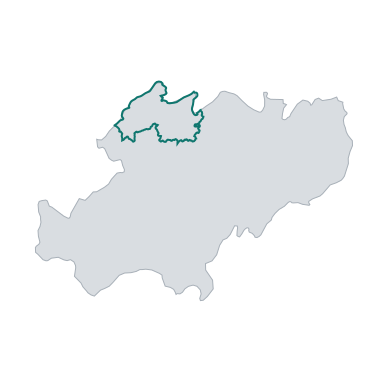 where Zlatiborski sits in Republic of Serbia, rotated 101°
{"feature_id": "SRB-1505", "entity_name": "Zlatiborski", "entity_type": "District", "adm_level": 1, "iso_a3": "SRB", "parent_name": "Republic of Serbia", "parent_adm1": "", "projection": "equal_earth", "projection_center": [19.945, 43.584], "detail": "fine", "context": "in_parent", "style": "outline", "palette": "teal", "viewbox_px": 384, "rotation_deg": 101, "n_neighbors": 0, "source": "natural_earth", "source_scale": "10m", "svg_char_len": 8938}
<svg xmlns="http://www.w3.org/2000/svg" viewBox="0 0 384 384"><g transform="rotate(101 192 192)"><path d="M217.0,143.7L226.5,146.4L230.8,149.0L233.1,152.4L239.1,154.7L248.9,155.8L255.8,159.2L259.7,165.1L266.0,163.7L274.6,155.0L283.1,152.7L291.5,156.9L296.1,160.3L297.0,163.0L295.0,164.1L290.3,163.6L286.5,165.2L283.6,169.1L283.2,173.2L285.3,177.5L288.4,180.5L292.2,182.2L294.3,184.4L294.6,187.3L295.6,188.1L293.5,189.4L291.1,191.4L289.8,194.9L289.5,200.4L282.1,204.8L279.3,205.6L278.1,208.4L276.2,216.6L276.6,222.7L277.6,225.9L278.1,228.4L280.6,231.6L282.8,236.4L284.4,242.7L287.7,247.6L296.1,252.5L300.3,255.3L303.4,259.4L305.8,263.1L312.8,268.0L312.3,271.5L310.8,274.9L309.3,276.6L305.9,281.0L302.6,283.5L297.2,291.3L288.5,291.7L286.4,292.3L283.2,294.5L281.6,298.4L283.2,301.5L283.1,304.7L281.6,310.8L283.8,317.4L286.9,320.5L287.4,322.2L286.9,325.3L282.4,331.6L281.1,334.0L276.5,335.1L274.9,334.5L272.5,332.3L270.3,331.7L264.8,334.3L259.2,335.8L254.8,334.6L250.5,334.5L247.5,335.5L245.2,335.9L240.8,338.7L233.7,340.7L230.4,340.2L229.1,337.7L227.8,334.0L228.4,332.3L233.1,329.4L233.6,326.7L240.1,313.4L241.3,309.1L241.3,307.7L239.6,306.8L236.0,306.8L220.0,301.4L220.6,295.3L215.9,292.0L210.8,289.0L210.0,285.7L204.3,279.1L200.2,275.4L194.9,273.5L190.4,270.8L187.7,269.1L186.5,266.0L186.4,264.2L185.1,262.4L182.9,262.6L179.2,265.1L174.7,267.2L173.9,268.7L175.6,272.4L176.7,274.7L176.2,276.9L174.8,279.8L166.1,286.0L165.1,288.2L166.8,291.7L165.7,293.3L158.4,295.6L158.6,293.7L158.1,290.6L153.9,287.3L148.0,284.8L134.9,276.1L129.8,275.0L125.3,274.0L118.8,269.8L115.5,269.1L111.8,266.1L103.8,256.2L97.0,250.7L92.4,248.0L91.1,245.3L90.8,242.6L91.0,241.6L94.5,237.7L97.2,237.2L100.7,237.0L103.0,239.0L106.0,239.4L107.7,236.9L108.6,233.3L108.2,228.7L101.0,217.9L94.8,210.4L94.1,208.8L95.4,207.4L97.6,206.6L99.9,207.3L106.0,207.8L111.8,207.1L113.8,205.3L113.8,202.8L111.7,200.6L104.9,194.4L99.6,189.0L93.4,184.9L88.7,183.2L87.4,181.1L86.8,178.9L87.4,174.7L87.7,169.5L88.8,166.2L93.0,160.0L97.0,153.5L99.5,147.1L100.8,141.3L100.3,139.6L98.3,138.3L93.9,137.1L87.8,138.2L82.6,140.3L80.5,140.5L79.9,137.9L80.7,136.7L82.3,136.8L83.7,137.3L85.1,136.1L86.0,132.6L83.9,120.3L87.7,119.3L87.8,117.5L88.2,115.9L92.2,118.0L97.8,118.1L102.7,117.7L103.4,116.5L103.4,114.7L102.4,113.3L100.6,112.2L99.4,110.5L96.1,109.8L85.7,105.4L80.6,100.7L80.8,95.7L82.3,93.0L84.1,92.1L83.6,91.1L77.7,88.8L75.7,85.6L77.4,81.5L74.4,73.2L71.2,68.1L74.4,65.9L74.8,62.8L75.1,61.0L76.4,61.0L81.5,58.9L83.3,57.2L84.4,55.2L85.6,54.7L89.0,56.9L92.6,57.1L96.6,55.7L99.6,53.8L103.2,52.2L104.8,51.1L106.9,49.4L111.1,44.4L115.9,43.3L122.2,44.6L129.1,45.1L134.3,43.9L147.3,45.4L150.1,46.6L152.0,47.8L155.4,52.1L158.7,57.7L163.3,60.3L168.7,63.4L171.5,65.6L175.7,72.3L178.9,75.6L180.0,75.5L181.1,74.6L181.9,73.9L182.7,74.5L182.8,76.6L183.0,81.1L182.2,85.9L183.4,90.5L183.5,91.9L182.7,93.2L182.8,94.3L183.9,95.6L188.4,98.6L192.5,103.2L197.3,106.5L201.7,108.6L204.4,108.8L209.0,112.5L218.0,115.3L220.9,116.2L222.9,117.7L224.3,119.5L224.4,121.5L223.0,122.4L221.1,125.0L220.4,128.2L218.9,129.0L217.5,129.0L216.5,130.0L216.7,131.3L217.9,132.6L219.8,133.8L223.4,135.0L227.0,136.7L226.9,138.1L226.2,139.6L221.7,140.2L218.4,140.4L216.8,141.0L217.0,143.7Z" fill="#d9dde1" stroke="#a8b0b8" stroke-width="1"/><path d="M111.7,265.7L109.5,264.0L109.0,263.1L108.0,261.0L107.2,259.9L103.8,256.5L101.4,253.0L100.4,252.3L92.4,248.9L90.8,247.6L89.9,245.6L89.9,243.4L91.0,241.7L92.3,241.7L93.0,240.4L93.6,238.7L94.4,237.4L95.1,237.2L96.5,237.5L97.2,237.4L97.9,237.1L99.3,236.1L99.9,235.9L100.9,236.4L101.9,237.6L102.7,239.1L103.2,240.4L103.6,241.1L104.2,240.4L104.9,238.7L105.6,238.7L107.8,239.5L108.3,239.3L108.4,238.9L108.2,238.6L107.8,238.2L107.5,237.4L107.5,236.4L107.6,235.3L107.8,234.3L109.3,233.0L109.2,230.9L107.8,226.7L106.7,224.2L100.7,218.1L97.6,213.4L95.8,211.2L93.8,209.8L93.2,209.3L93.8,208.7L94.0,208.2L93.7,207.2L93.7,206.7L94.0,206.0L94.5,205.6L95.7,205.2L96.6,205.1L97.3,205.4L98.8,206.4L100.3,207.7L101.1,208.2L101.9,208.1L102.8,207.9L105.9,207.7L109.2,208.0L110.6,207.9L112.0,207.4L114.4,205.7L115.4,204.7L115.9,203.4L115.5,202.0L114.7,201.4L114.2,201.6L113.9,202.0L113.6,202.2L113.1,201.8L112.2,200.7L110.3,199.7L109.9,199.2L110.5,199.0L110.7,198.9L110.8,198.8L111.5,197.7L111.8,197.4L112.4,197.3L113.3,196.9L113.6,196.9L114.6,197.2L115.1,197.0L115.3,196.8L115.5,196.3L115.8,195.9L115.9,195.7L115.9,195.2L116.4,195.2L116.9,195.2L117.6,195.5L118.1,195.6L118.3,195.7L118.5,196.1L119.1,196.6L120.4,196.9L120.9,197.1L121.2,197.3L121.5,197.7L121.9,198.0L122.1,198.0L122.6,198.0L122.9,198.1L123.3,198.6L123.9,199.1L124.0,199.3L124.1,199.7L124.2,199.9L124.8,200.4L124.9,200.7L125.1,201.0L124.9,201.6L125.0,201.7L125.1,201.9L125.2,202.0L125.6,202.1L126.4,202.2L126.7,202.1L126.9,202.0L127.0,201.9L127.1,201.6L127.1,201.4L127.1,200.9L127.0,200.5L126.8,199.8L126.4,198.9L126.1,198.5L125.4,198.1L125.1,197.8L124.9,197.6L124.9,197.4L125.0,197.3L125.4,197.0L125.7,196.9L126.0,196.9L126.4,197.0L126.6,197.1L127.2,197.7L128.0,198.1L128.4,198.1L128.9,197.6L129.6,197.3L129.8,197.0L129.9,196.5L130.1,196.3L130.4,196.3L131.5,196.4L131.9,196.5L132.4,196.7L132.8,196.9L132.9,197.1L132.9,197.4L132.6,197.8L132.5,198.0L132.6,198.3L133.0,198.7L133.3,199.1L133.9,199.3L134.7,199.7L135.1,200.1L135.4,200.2L136.2,200.3L136.8,200.4L137.0,199.6L137.2,199.3L137.7,199.0L138.7,198.2L138.9,198.6L139.1,198.7L139.4,198.7L140.0,198.8L140.3,198.8L141.7,199.7L142.2,200.7L142.3,201.0L142.2,201.2L142.2,201.4L141.8,201.9L141.6,202.2L141.6,202.6L141.8,203.1L141.8,203.3L141.7,203.5L141.4,203.9L141.3,204.1L141.4,204.4L141.5,204.5L142.3,205.1L142.5,205.4L142.5,205.6L142.4,205.7L142.3,206.0L141.6,206.6L141.4,207.4L141.4,207.6L141.5,207.7L142.0,207.9L142.1,208.1L141.9,208.6L141.9,208.9L142.0,209.0L142.3,209.3L143.2,209.9L143.5,209.9L143.9,210.5L144.1,210.9L144.2,211.1L144.1,211.4L143.9,211.7L143.4,212.1L143.2,212.3L143.2,212.5L143.3,212.8L143.9,213.6L144.9,214.4L145.6,214.8L146.3,215.1L147.2,215.5L146.1,215.7L145.6,215.8L144.9,215.7L144.7,215.8L144.3,216.1L144.0,216.6L143.6,217.0L143.3,217.8L143.2,218.1L143.3,218.3L143.4,218.5L143.6,218.7L144.1,218.9L144.3,219.1L144.4,219.4L144.3,219.7L144.3,220.0L144.3,220.3L144.7,221.0L145.3,221.3L145.5,221.5L145.6,221.8L145.7,222.0L145.7,222.3L145.3,222.8L145.1,223.1L145.1,223.3L145.3,224.0L145.2,224.9L145.4,225.4L145.3,225.8L145.5,226.1L146.5,226.8L146.9,226.9L147.6,227.3L147.8,227.4L147.8,227.5L147.8,228.1L148.0,228.6L148.0,228.8L147.7,229.4L147.5,230.0L147.1,230.5L147.2,230.8L147.4,231.1L148.0,231.6L148.2,231.8L148.3,232.0L148.4,232.3L148.3,232.5L148.0,233.1L147.8,233.7L147.5,234.0L147.2,234.1L146.9,234.1L145.9,233.5L145.4,233.3L144.6,233.2L144.4,233.2L144.0,233.4L143.8,233.4L143.5,233.3L143.3,233.1L143.0,233.1L143.0,233.4L143.1,233.7L143.1,234.6L143.1,235.1L143.2,235.6L143.0,236.0L142.5,236.3L142.0,236.4L141.7,236.4L141.0,236.1L140.7,236.1L140.4,236.2L138.9,237.5L138.2,237.9L137.9,238.0L137.0,239.0L136.8,239.5L136.6,239.7L135.6,240.1L135.4,240.1L135.2,240.0L135.0,239.9L134.6,239.6L133.8,238.9L132.8,238.4L132.7,238.9L132.6,239.3L132.7,239.6L132.9,240.0L132.9,240.4L132.8,240.7L132.2,241.0L131.9,241.4L131.9,241.5L132.0,241.7L132.3,242.1L132.5,242.6L132.6,242.8L132.8,243.0L133.1,243.3L133.6,243.5L134.5,243.6L135.3,244.0L135.7,244.7L135.9,244.9L136.2,245.0L137.3,245.0L137.9,245.2L138.1,245.4L138.2,245.6L138.3,245.8L138.4,246.4L138.5,246.6L138.8,246.9L138.9,247.2L138.9,247.4L138.8,247.9L138.8,248.4L138.8,248.6L139.2,249.3L139.5,249.9L139.8,250.1L139.8,250.3L140.2,251.0L141.0,251.9L141.0,252.1L141.2,252.7L141.4,252.9L141.9,253.5L142.5,254.3L142.7,254.9L143.0,255.5L143.2,255.9L143.7,256.6L143.8,256.8L143.8,257.2L143.7,257.4L143.5,257.6L143.4,257.7L143.4,258.0L143.5,258.2L143.8,258.5L144.0,258.7L144.6,259.1L145.1,259.6L145.3,259.7L145.5,259.7L146.2,259.3L147.5,259.2L148.3,258.8L148.5,258.8L149.8,258.7L150.2,258.7L150.9,258.5L151.8,258.3L152.2,258.1L152.5,258.1L153.0,258.3L153.6,258.9L153.8,259.3L153.8,259.5L152.7,260.9L152.6,261.4L152.3,261.9L152.2,262.3L151.9,262.9L151.9,263.9L151.8,264.1L151.5,264.4L150.2,265.3L150.0,265.5L149.9,265.7L150.1,266.5L150.3,266.7L151.0,267.0L151.3,267.2L151.4,267.4L151.6,267.9L151.7,268.0L151.9,268.1L152.6,268.4L153.2,268.8L153.8,269.1L154.0,269.3L154.3,269.9L154.7,270.4L152.6,270.7L151.4,271.3L151.0,271.5L150.7,271.6L150.3,271.7L149.6,271.7L148.9,271.7L148.2,271.6L147.9,271.7L147.3,272.4L147.0,272.8L146.6,273.2L146.4,273.4L146.3,273.6L146.5,274.2L146.6,274.4L146.6,274.7L146.5,274.9L146.2,275.1L145.5,275.0L145.0,275.1L144.0,275.6L143.8,275.8L143.5,276.2L143.1,276.8L142.8,277.2L142.6,277.7L142.3,278.1L142.2,278.3L141.8,279.2L141.7,280.1L141.6,280.4L141.3,280.7L139.3,278.8L135.8,276.4L135.2,275.8L134.8,275.1L134.4,274.3L134.0,273.7L133.2,273.4L132.7,273.7L131.3,275.1L130.6,275.5L128.6,275.6L126.7,275.5L125.3,275.0L124.1,274.1L123.0,272.7L121.3,269.7L120.9,269.7L120.4,270.1L119.6,270.4L118.4,270.2L115.8,269.5L114.6,268.9L113.6,268.0L111.7,265.7Z" fill="none" stroke="#0f766e" stroke-width="2"/></g></svg>